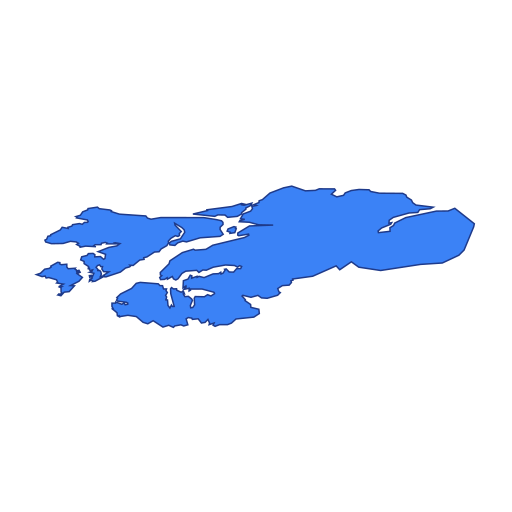 Bremanger nor, Sogn og Fjordane, Norway, rotated 355°
{"feature_id": "86288312B98133792313273", "entity_name": "Bremanger nor", "entity_type": "district", "adm_level": 2, "iso_a3": "NOR", "parent_name": "Norway", "parent_adm1": "Sogn og Fjordane", "projection": "natural_earth1", "projection_center": [5.182, 61.79], "detail": "fine", "context": "isolated", "style": "filled", "palette": "blue", "viewbox_px": 512, "rotation_deg": 355, "n_neighbors": 0, "source": "geoboundaries", "source_scale": "gbopen_adm2", "svg_char_len": 6051}
<svg xmlns="http://www.w3.org/2000/svg" viewBox="0 0 512 512"><g transform="rotate(355 256 256)"><path d="M458.2,225.8L451.3,227.9L439.5,227.0L408.5,230.8L397.0,235.3L395.7,237.6L391.9,239.5L391.7,243.1L380.0,243.4L379.8,241.7L383.6,239.0L393.0,236.1L394.1,234.6L391.3,234.9L391.8,232.0L396.1,229.5L412.1,226.5L421.0,226.7L423.0,224.1L433.7,224.1L436.8,222.8L419.8,219.2L416.7,216.5L415.7,213.8L411.3,210.5L410.7,208.4L407.6,206.4L384.4,204.2L375.8,201.7L374.4,199.9L364.4,198.7L356.6,199.1L350.4,200.9L348.5,203.2L341.6,204.1L336.5,201.0L341.0,197.5L340.1,196.0L324.8,194.6L321.0,195.8L310.9,195.4L297.7,189.5L289.4,190.5L275.4,194.5L267.3,200.4L263.9,201.3L263.6,203.0L258.5,204.6L260.7,205.7L256.2,206.2L256.6,208.6L254.5,210.9L246.9,213.0L243.8,217.5L248.0,218.5L243.0,219.4L242.3,220.4L252.3,221.8L261.2,225.1L275.8,226.7L252.1,225.5L239.9,231.5L239.6,233.6L240.6,234.3L250.5,233.5L250.7,234.7L246.2,236.6L213.9,241.5L206.7,245.0L195.9,244.9L194.3,243.8L182.9,246.2L169.8,253.3L168.7,256.2L159.2,264.1L159.1,266.5L160.4,267.4L158.2,269.0L158.9,271.2L162.9,271.3L165.6,269.9L165.7,271.4L170.9,269.1L171.8,271.6L174.0,272.9L176.3,271.9L180.7,266.9L184.7,265.0L195.7,265.1L197.7,267.4L201.8,265.3L205.3,265.8L212.5,263.4L224.9,262.3L233.8,263.6L236.6,265.4L238.9,264.2L240.8,265.2L239.6,267.2L235.6,266.9L232.3,270.1L227.9,269.6L225.2,266.3L223.6,266.5L224.1,267.2L221.7,270.2L219.6,270.9L219.5,269.1L217.2,270.3L211.6,270.1L202.4,273.0L197.5,271.3L195.5,272.1L195.5,271.1L190.0,272.5L190.4,270.2L188.8,269.4L186.2,273.1L181.5,274.3L180.5,281.4L183.6,279.7L183.7,280.8L181.3,283.0L186.6,282.3L186.3,285.0L187.8,284.3L187.7,283.2L199.4,284.2L210.8,288.4L211.3,288.9L211.4,289.9L207.6,291.9L204.4,290.3L201.0,292.1L191.9,291.1L190.8,292.7L190.6,299.3L188.5,301.8L186.4,301.9L186.3,299.5L188.8,294.7L188.2,293.2L185.1,290.3L181.6,290.3L180.4,288.0L180.3,287.0L181.4,287.4L180.6,284.8L178.2,285.5L174.1,283.2L174.0,281.7L170.9,281.6L169.1,280.1L168.0,281.3L167.8,286.2L170.1,299.1L168.3,299.0L167.5,297.5L165.7,300.3L164.0,297.6L164.0,292.1L162.4,291.8L163.4,289.0L162.5,287.4L164.5,284.6L163.3,282.7L164.0,281.0L161.0,280.8L160.3,277.4L157.7,277.1L156.2,275.2L138.4,272.2L134.3,272.8L129.2,277.5L117.8,282.0L113.7,285.3L114.4,286.1L113.2,287.9L114.4,288.9L122.8,290.8L124.2,291.7L124.0,292.9L121.4,293.2L120.6,291.3L118.1,292.4L112.2,289.6L112.0,290.7L108.4,290.4L108.1,293.7L109.1,296.0L108.3,296.2L112.6,300.4L112.7,303.4L114.5,304.6L114.3,302.9L115.0,304.5L123.2,303.9L131.5,305.9L137.7,312.2L142.3,314.1L147.9,311.5L157.1,318.7L163.0,317.4L167.5,319.9L169.0,318.6L175.2,318.0L177.9,319.4L182.1,318.6L180.9,312.5L183.1,311.4L186.6,312.3L187.1,313.6L192.9,313.5L195.8,318.0L199.5,317.7L202.6,315.0L203.9,318.8L203.3,320.3L208.4,319.1L207.2,321.2L209.1,322.5L213.7,321.2L221.6,321.9L225.7,320.7L230.6,317.0L248.5,316.7L254.3,313.6L254.2,309.3L246.4,306.7L246.4,303.8L241.2,299.5L241.6,298.6L238.6,294.7L239.5,294.0L247.4,296.7L254.5,295.4L257.8,298.2L263.5,299.1L274.1,297.0L277.0,294.6L275.7,293.7L274.8,290.3L279.7,287.8L286.5,287.9L289.0,285.5L288.7,283.7L290.8,283.2L290.5,282.1L310.7,281.1L335.0,272.8L338.2,277.0L350.5,270.1L357.4,276.1L378.9,281.3L419.2,278.7L441.0,279.2L458.2,272.9L463.8,268.2L475.4,245.9L476.3,242.9L458.2,225.8ZM102.3,193.5L92.8,194.1L92.3,195.4L87.2,196.9L84.6,200.1L80.2,201.0L81.2,201.5L80.5,202.4L91.2,205.4L91.8,207.2L91.0,207.8L88.0,207.6L85.7,209.3L82.9,208.3L76.0,208.8L75.1,210.2L71.1,211.0L71.3,212.2L65.4,210.5L63.3,213.0L53.3,216.9L53.2,217.9L50.4,218.2L48.9,221.1L47.1,221.8L47.7,223.7L53.3,225.9L64.9,226.7L72.4,225.2L78.1,226.3L80.3,227.9L78.3,228.9L82.2,231.4L80.9,232.0L87.2,231.3L97.4,232.8L94.6,232.0L96.7,230.7L102.6,231.2L103.2,229.8L107.1,229.3L108.9,230.2L108.3,230.9L117.6,231.7L116.2,230.6L116.9,230.5L121.6,231.8L118.3,233.8L110.2,234.6L99.1,237.9L106.3,241.2L105.3,245.3L103.9,246.0L101.0,243.0L95.3,242.8L95.6,240.6L93.9,239.2L89.2,239.0L87.8,240.7L82.3,241.6L81.0,244.6L84.3,246.4L84.1,248.6L88.3,251.9L87.8,253.8L89.6,253.6L88.4,254.2L89.5,256.0L92.0,255.6L91.1,257.2L88.9,257.7L93.0,259.1L91.3,262.2L90.5,260.9L88.3,261.0L88.5,262.8L90.5,262.1L90.9,263.7L88.3,264.9L87.8,266.6L89.6,265.6L91.3,266.6L90.9,267.2L93.5,267.1L101.1,263.8L101.4,262.6L99.1,263.0L100.4,260.6L100.0,258.2L99.1,256.8L96.4,256.6L98.0,256.6L95.7,253.3L97.3,251.7L99.4,251.2L100.4,253.0L102.2,253.2L101.3,255.5L102.8,258.3L108.0,259.0L102.7,261.8L103.3,262.9L102.4,263.4L104.8,263.7L119.5,260.2L125.0,256.6L129.2,255.8L130.3,254.9L129.7,254.2L132.8,254.7L139.8,249.9L144.2,249.6L144.0,247.9L147.3,247.4L155.2,243.2L159.8,243.3L162.1,240.7L168.1,237.9L170.1,235.1L169.9,233.6L172.7,231.0L177.4,228.7L179.9,229.7L181.6,228.9L181.5,227.0L183.7,225.1L178.0,218.1L177.8,216.2L184.6,221.2L186.7,223.6L187.1,226.1L182.2,232.3L173.0,234.0L170.8,235.5L171.1,237.4L176.1,238.4L179.1,236.1L184.4,234.8L188.0,235.9L201.9,233.0L221.9,233.3L225.2,231.5L222.5,226.4L222.8,224.2L225.9,221.7L226.0,219.6L224.7,217.9L219.7,216.3L207.3,213.2L164.5,209.4L154.7,210.2L151.2,208.8L149.7,206.5L123.6,202.4L115.6,199.1L116.0,198.3L114.4,197.4L104.0,195.2L102.3,193.5ZM57.9,245.0L50.7,248.2L51.0,249.1L49.0,250.3L44.4,250.7L39.8,254.4L35.7,255.4L41.1,257.9L44.2,257.6L45.0,259.6L47.7,259.4L55.2,262.3L56.1,264.8L55.1,265.5L61.7,267.2L57.9,268.9L59.7,269.6L57.9,270.0L59.0,270.6L58.7,274.9L59.5,275.9L57.7,277.0L56.3,276.6L55.6,277.2L57.7,277.1L56.2,277.9L58.2,278.6L61.8,275.3L66.8,275.2L72.5,269.9L68.7,269.3L77.5,265.7L81.2,262.2L76.2,258.0L79.4,256.9L78.4,254.8L77.2,255.0L77.7,257.3L76.2,257.4L75.8,254.2L74.1,252.9L74.7,252.4L67.8,252.3L66.6,250.6L66.8,247.7L61.3,247.7L59.7,246.7L60.0,245.5L57.9,245.0ZM236.4,204.6L210.4,205.7L212.4,206.4L196.8,208.7L218.4,212.9L221.6,211.7L228.7,212.5L231.1,215.0L240.8,214.9L245.2,212.9L245.5,211.5L250.0,208.5L250.0,207.3L256.2,204.8L255.4,204.4L256.4,203.0L248.5,204.4L245.3,203.5L248.0,203.0L246.2,202.4L236.4,204.6ZM236.6,224.8L230.5,226.6L229.4,228.7L232.4,230.1L232.0,231.2L236.9,230.9L238.7,227.1L237.9,226.5L238.5,225.5L236.6,224.8Z" fill="#3b82f6" stroke="#1e3a8a" stroke-width="1.5"/></g></svg>